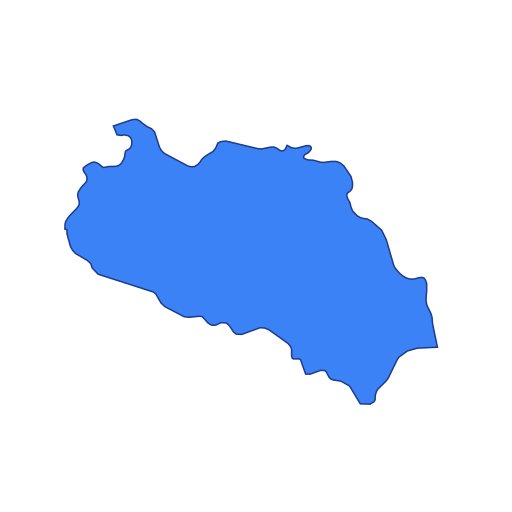 outline of Haute-Saône, rotated 45°
{"feature_id": "FRA-5301", "entity_name": "Haute-Saône", "entity_type": "Metropolitan department", "adm_level": 1, "iso_a3": "FRA", "parent_name": "France", "parent_adm1": "", "projection": "natural_earth1", "projection_center": [5.999, 47.635], "detail": "fine", "context": "isolated", "style": "filled", "palette": "blue", "viewbox_px": 512, "rotation_deg": 45, "n_neighbors": 0, "source": "natural_earth", "source_scale": "10m", "svg_char_len": 2726}
<svg xmlns="http://www.w3.org/2000/svg" viewBox="0 0 512 512"><g transform="rotate(45 256 256)"><path d="M126.7,381.8L122.4,381.7L118.3,380.6L106.8,374.1L103.7,371.1L101.8,372.1L98.2,368.2L96.9,365.9L96.0,361.7L95.7,358.8L95.6,349.4L95.2,346.8L94.5,344.5L92.0,342.2L89.5,340.9L86.9,339.2L85.0,336.4L84.0,331.7L83.7,328.6L83.7,326.0L83.5,323.7L82.5,321.5L80.1,319.4L77.6,318.6L75.0,318.2L72.9,317.4L71.6,315.7L71.9,312.8L72.4,310.4L73.8,305.8L75.4,303.8L77.7,302.6L80.2,302.0L84.4,301.6L85.3,301.3L85.8,301.0L88.6,296.8L92.5,292.8L94.2,290.7L95.1,288.3L95.2,285.7L94.7,283.3L93.9,280.8L92.7,278.5L91.1,276.5L89.7,274.3L89.9,272.2L90.6,270.1L90.6,268.0L89.8,265.9L88.1,263.7L86.0,261.9L83.4,261.0L80.6,261.3L77.2,263.5L75.6,265.9L72.1,268.6L63.2,264.9L71.7,247.8L73.3,245.5L75.3,243.6L78.7,242.6L81.4,242.5L87.6,241.5L92.0,239.9L96.6,240.0L110.8,247.3L113.7,248.1L116.4,248.4L119.2,248.1L144.5,240.4L147.1,238.7L149.3,236.2L150.2,232.1L150.0,229.0L149.3,226.0L149.4,222.7L150.1,218.8L151.7,212.4L151.3,208.6L149.1,203.0L150.3,199.9L153.4,196.0L181.1,179.0L184.2,176.4L189.4,168.6L191.6,166.3L194.8,165.0L197.4,164.6L199.8,163.7L201.0,161.9L201.3,160.2L199.7,155.8L204.8,154.2L207.8,151.9L208.8,150.6L213.3,142.8L214.7,141.1L216.4,140.0L218.2,140.1L219.5,141.5L219.8,143.4L220.0,145.6L218.9,149.9L219.2,151.8L220.6,153.0L223.6,152.0L225.6,150.6L228.7,147.8L235.2,144.1L237.4,142.3L242.2,136.1L245.1,133.1L247.0,131.7L250.2,130.6L254.5,130.2L267.0,132.6L272.3,135.8L274.9,138.4L276.4,140.9L276.7,143.1L276.2,147.2L277.3,149.0L279.9,150.5L284.6,151.8L288.5,154.2L292.6,155.9L299.1,156.0L302.8,155.0L305.4,153.5L308.5,151.1L313.3,149.8L326.7,148.9L336.9,152.5L359.8,165.1L361.8,165.9L365.0,166.4L370.1,166.7L374.0,166.3L377.4,165.4L380.3,164.0L382.5,162.2L384.3,160.1L386.7,155.9L388.1,154.1L390.1,152.8L392.9,153.2L396.3,154.9L401.1,159.7L406.4,165.9L408.9,168.2L411.9,170.1L420.2,172.9L423.6,174.7L429.1,179.3L448.8,192.2L435.3,207.0L430.2,216.1L428.6,226.3L429.1,229.3L435.9,249.0L436.4,252.7L436.3,263.5L436.8,266.1L437.9,268.5L439.3,270.7L441.8,273.3L442.3,274.4L442.5,275.5L441.5,280.0L434.3,286.8L414.1,281.8L404.4,284.5L398.1,289.2L395.8,290.1L393.1,290.0L387.8,288.3L385.7,288.3L382.5,291.3L377.9,301.1L374.6,304.4L360.5,297.7L359.0,298.5L355.5,302.1L354.0,302.7L351.6,301.3L347.3,297.0L344.8,295.6L340.5,295.2L317.4,299.0L313.1,300.8L309.6,303.8L301.4,321.5L297.3,325.2L293.8,325.6L286.3,324.1L282.8,324.3L281.6,325.0L279.0,327.3L278.1,328.6L276.5,333.1L275.5,334.5L274.2,335.7L272.7,336.6L269.4,337.3L260.8,336.9L258.7,338.5L251.9,346.8L248.0,349.8L227.6,356.2L222.0,356.4L212.1,353.7L209.0,354.0L157.3,380.5L148.6,380.3L144.5,378.2L140.0,378.4L126.7,381.8Z" fill="#3b82f6" stroke="#1e3a8a" stroke-width="1.5"/></g></svg>